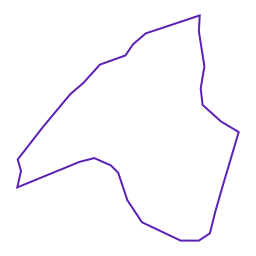 Dongdaemun-gu, Seoul, South Korea (orthographic projection)
{"feature_id": "91817680B25965069984368", "entity_name": "Dongdaemun-gu", "entity_type": "district", "adm_level": 2, "iso_a3": "KOR", "parent_name": "South Korea", "parent_adm1": "Seoul", "projection": "orthographic", "projection_center": [127.054, 37.571], "detail": "fine", "context": "isolated", "style": "outline", "palette": "violet", "viewbox_px": 256, "rotation_deg": 0, "n_neighbors": 0, "source": "geoboundaries", "source_scale": "gbopen_adm2", "svg_char_len": 478}
<svg xmlns="http://www.w3.org/2000/svg" viewBox="0 0 256 256"><path d="M199.7,15.4L145.7,33.4L132.9,44.4L125.5,55.4L99.9,64.6L83.4,82.9L70.5,93.9L43.0,126.9L17.7,159.5L21.0,170.9L17.3,187.4L35.7,179.8L79.7,161.8L94.3,158.1L110.9,165.4L118.2,172.8L127.4,200.3L142.0,222.3L180.6,240.6L198.9,240.6L204.4,237.0L209.9,233.3L215.4,211.3L222.8,185.6L238.7,132.1L220.9,121.4L202.6,104.9L200.7,88.4L204.4,66.4L198.9,31.5L199.7,15.4Z" fill="none" stroke="#5b21b6" stroke-width="2"/></svg>